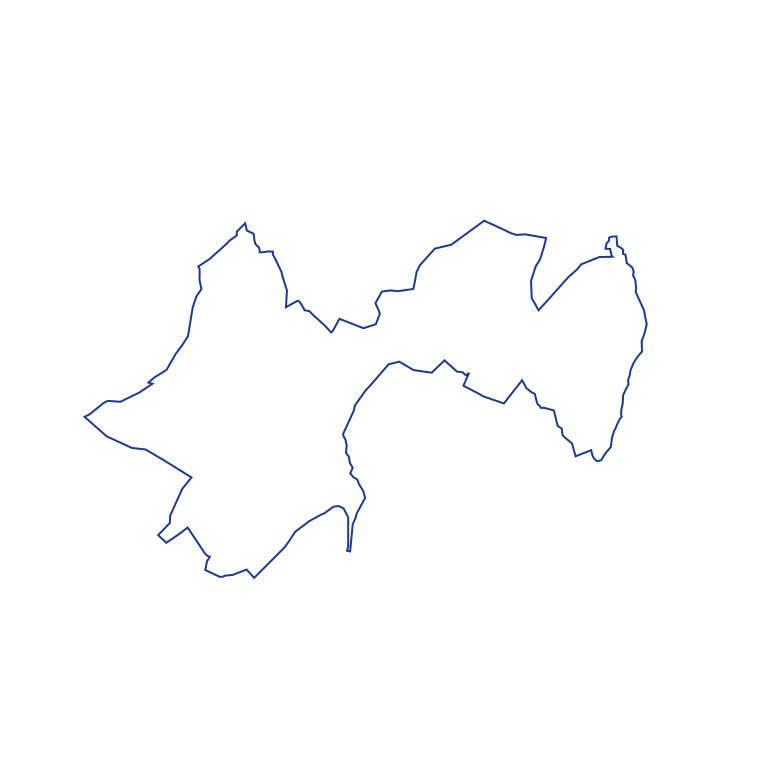 the district of Malumfashi, Katsina, Nigeria, rotated 217°
{"feature_id": "59680162B59256397716169", "entity_name": "Malumfashi", "entity_type": "district", "adm_level": 2, "iso_a3": "NGA", "parent_name": "Nigeria", "parent_adm1": "Katsina", "projection": "equal_earth", "projection_center": [7.623, 11.86], "detail": "fine", "context": "isolated", "style": "outline", "palette": "blue", "viewbox_px": 768, "rotation_deg": 217, "n_neighbors": 0, "source": "geoboundaries", "source_scale": "gbopen_adm2", "svg_char_len": 3274}
<svg xmlns="http://www.w3.org/2000/svg" viewBox="0 0 768 768"><g transform="rotate(217 384 384)"><path d="M324.6,253.2L326.2,260.3L327.9,264.2L330.5,281.6L336.3,286.1L343.5,288.9L348.0,291.7L352.2,291.1L357.1,292.3L358.6,298.3L363.6,300.3L368.4,304.8L373.0,306.2L376.8,312.5L381.1,316.2L385.1,318.1L386.6,319.4L388.9,330.3L392.1,344.5L394.3,349.5L394.8,367.0L393.6,380.9L392.2,402.5L385.1,411.1L368.8,412.9L352.7,421.7L349.9,439.3L333.1,437.8L330.0,439.8L329.1,440.3L327.8,440.7L326.9,440.5L324.1,440.2L323.4,441.6L322.8,444.1L319.5,430.4L303.1,433.2L297.2,433.9L276.5,440.6L276.4,449.1L276.0,470.1L267.6,466.4L261.9,466.2L257.5,466.8L254.3,464.2L252.1,462.4L249.5,460.5L247.0,460.2L244.2,459.4L241.9,461.3L232.4,465.1L220.2,455.1L215.1,455.3L210.6,450.6L207.8,450.1L198.1,449.7L187.5,441.6L178.7,455.8L174.3,452.2L171.1,450.8L167.4,450.6L166.1,452.0L164.6,454.0L165.1,457.4L165.4,462.8L164.9,470.0L169.5,478.2L172.0,485.0L172.4,488.1L173.5,491.8L174.6,497.5L174.5,501.0L175.6,501.6L177.9,504.6L179.8,507.9L181.5,511.9L186.3,519.0L187.6,525.0L188.5,531.0L191.4,533.9L192.9,538.5L195.4,543.4L197.4,551.1L197.9,558.6L197.5,565.2L204.0,573.3L206.1,580.4L210.0,589.7L213.8,593.0L218.2,597.0L221.0,599.5L238.6,609.1L240.1,612.1L246.2,618.5L250.4,620.6L252.4,624.2L255.9,626.4L260.9,626.7L262.8,626.5L265.3,629.1L269.1,632.6L271.2,631.7L271.8,632.2L273.7,635.1L276.7,635.4L280.9,634.7L281.5,635.4L287.1,641.8L290.3,639.2L291.2,638.0L292.3,636.3L291.0,634.6L290.6,634.1L290.6,633.3L290.7,633.1L290.7,631.9L290.8,631.0L291.0,630.5L288.5,625.3L284.7,628.0L283.3,626.8L281.4,625.1L279.8,623.7L278.0,623.2L288.4,615.0L298.6,598.2L298.7,592.4L299.0,590.3L301.1,580.4L303.5,551.3L304.9,535.9L317.8,541.6L328.6,554.8L333.6,569.2L334.4,577.5L338.7,589.6L342.4,598.2L351.3,593.6L361.2,588.6L367.9,582.8L373.4,580.8L380.8,579.4L402.3,574.7L414.1,535.7L424.9,522.7L426.8,500.6L425.5,493.3L419.6,481.6L417.8,477.5L428.5,466.7L434.9,462.8L441.3,456.6L439.5,443.4L433.6,440.2L429.6,437.6L427.6,430.8L426.5,426.8L434.0,416.2L458.8,409.2L456.8,395.3L457.0,394.4L457.2,393.4L467.0,395.1L481.6,396.4L487.5,397.3L491.8,395.1L495.2,396.8L501.0,398.9L503.1,398.5L508.5,386.3L517.8,400.3L530.8,409.6L533.2,411.8L547.5,419.1L550.7,420.5L552.2,422.8L555.7,420.7L558.7,417.7L561.4,415.2L562.6,414.4L564.0,416.3L566.2,417.8L568.4,417.9L571.3,418.6L572.6,419.7L573.8,420.6L578.1,425.2L579.4,425.4L581.9,424.8L585.9,424.1L591.6,428.8L593.0,418.7L593.4,417.4L591.0,414.0L593.6,405.6L594.0,401.7L598.5,378.9L603.0,366.2L600.9,365.2L598.1,361.8L593.8,355.9L587.0,350.0L586.5,340.8L582.8,329.9L569.3,304.2L568.5,292.9L568.5,282.8L567.8,277.5L566.2,264.3L571.4,250.8L573.0,243.4L569.1,244.8L574.2,230.1L583.8,211.2L594.0,204.6L595.0,203.3L596.7,199.6L597.9,194.4L601.0,182.3L603.4,177.6L574.0,175.3L546.9,181.2L535.0,188.2L514.2,190.6L481.5,193.5L482.0,178.7L475.6,150.3L471.4,144.1L473.4,127.4L462.3,126.2L457.2,141.2L454.5,151.2L438.0,145.5L425.7,141.1L421.9,140.4L419.1,141.2L418.7,136.1L414.9,127.9L404.0,130.1L398.9,131.2L396.4,133.5L395.8,135.1L389.9,140.5L382.1,153.1L371.0,151.0L365.1,193.9L365.2,200.9L366.0,212.5L361.0,229.9L355.8,241.4L353.8,244.9L350.6,255.5L346.9,259.2L341.4,260.3L332.3,255.9L314.7,232.5L313.2,228.6L310.3,229.9L324.6,253.2Z" fill="none" stroke="#1e3a8a" stroke-width="2"/></g></svg>